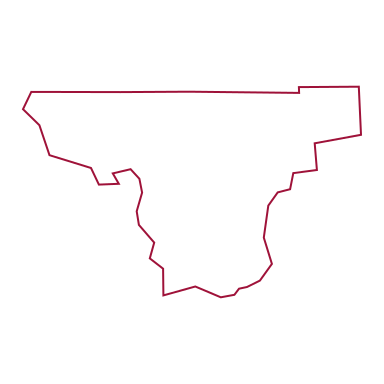 outline of Towns, Georgia, United States of America
{"feature_id": "52423323B28329041515862", "entity_name": "Towns", "entity_type": "district", "adm_level": 2, "iso_a3": "USA", "parent_name": "United States of America", "parent_adm1": "Georgia", "projection": "natural_earth1", "projection_center": [-83.742, 34.892], "detail": "fine", "context": "isolated", "style": "outline", "palette": "rose", "viewbox_px": 384, "rotation_deg": 0, "n_neighbors": 0, "source": "geoboundaries", "source_scale": "gbopen_adm2", "svg_char_len": 571}
<svg xmlns="http://www.w3.org/2000/svg" viewBox="0 0 384 384"><path d="M247.0,287.0L259.9,280.6L271.9,263.9L263.8,237.6L268.3,205.6L277.7,192.4L290.1,189.2L293.3,173.1L316.9,170.0L314.7,143.3L361.0,134.8L358.8,86.7L298.9,87.1L299.1,92.9L189.1,91.7L120.4,92.1L31.3,91.9L23.0,109.2L39.4,125.2L49.5,155.2L91.0,168.0L98.9,184.6L118.8,183.8L112.8,173.4L130.6,169.2L139.4,178.8L142.1,192.6L136.7,211.3L138.9,224.9L154.2,242.6L149.8,258.4L163.1,268.7L163.4,295.4L195.3,286.5L220.8,297.3L234.4,294.8L239.0,288.7L247.0,287.0Z" fill="none" stroke="#9f1239" stroke-width="2"/></svg>